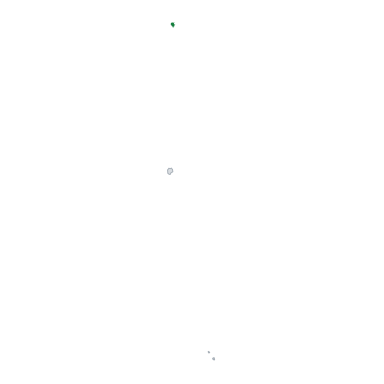 Utwe, Kosrae, Federated States of Micronesia shown in context, rotated 252°
{"feature_id": "79324940B42296922872793", "entity_name": "Utwe", "entity_type": "district", "adm_level": 2, "iso_a3": "FSM", "parent_name": "Federated States of Micronesia", "parent_adm1": "Kosrae", "projection": "orthographic", "projection_center": [162.945, 5.291], "detail": "fine", "context": "in_parent", "style": "filled", "palette": "green", "viewbox_px": 384, "rotation_deg": 252, "n_neighbors": 0, "source": "geoboundaries", "source_scale": "gbopen_adm2", "svg_char_len": 1354}
<svg xmlns="http://www.w3.org/2000/svg" viewBox="0 0 384 384"><g transform="rotate(252 192 192)"><path d="M221.1,179.7L219.4,180.4L217.2,180.0L216.6,177.6L215.6,177.0L215.8,175.8L217.3,174.8L220.5,175.6L221.7,177.4L220.9,178.5L221.1,179.7ZM27.6,161.5L27.4,161.9L25.6,161.7L25.4,161.4L25.5,161.3L26.4,161.1L26.5,160.6L26.1,160.5L26.5,160.2L27.1,160.1L27.5,160.5L27.7,161.0L27.6,161.5ZM358.0,224.2L358.3,225.7L356.5,225.0L356.2,224.4L357.3,223.9L358.0,224.2ZM34.4,159.1L33.9,159.2L33.7,159.0L33.8,158.3L34.0,158.0L34.5,158.0L35.3,158.2L35.3,158.4L34.4,159.1Z" fill="#d9dde1" stroke="#a8b0b8" stroke-width="1"/><path d="M358.1,224.5L357.9,224.6L357.7,224.6L357.6,224.8L357.4,224.8L357.2,224.8L356.9,224.9L356.9,225.0L356.6,225.2L356.5,225.3L356.4,225.2L356.2,225.2L356.2,225.3L355.9,225.4L355.9,225.5L355.9,225.4L355.9,225.5L355.8,225.4L355.7,225.4L355.8,225.5L356.0,225.7L356.1,225.8L356.3,225.8L356.5,225.9L356.7,226.0L356.8,226.0L357.0,226.0L357.0,225.9L357.3,225.9L357.5,225.8L357.5,225.7L357.4,225.7L357.4,225.8L357.2,225.9L356.9,225.9L356.8,226.0L356.8,225.9L356.7,225.9L356.8,225.8L357.0,225.8L357.3,225.8L357.3,225.7L357.5,225.5L357.8,225.7L357.8,225.8L358.0,226.0L358.0,225.8L358.2,225.7L358.3,225.6L358.5,225.5L358.5,225.4L358.6,225.2L358.6,224.9L358.4,224.7L358.2,224.7L358.1,224.5Z" fill="#22c55e" stroke="#15803d" stroke-width="1.5"/></g></svg>